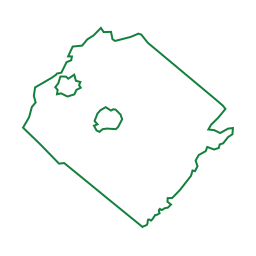 the district of Augusta, Virginia, United States of America, rotated 185°
{"feature_id": "52423323B12422495570897", "entity_name": "Augusta", "entity_type": "district", "adm_level": 2, "iso_a3": "USA", "parent_name": "United States of America", "parent_adm1": "Virginia", "projection": "robinson", "projection_center": [-79.152, 38.18], "detail": "fine", "context": "isolated", "style": "outline", "palette": "green", "viewbox_px": 256, "rotation_deg": 185, "n_neighbors": 0, "source": "geoboundaries", "source_scale": "gbopen_adm2", "svg_char_len": 1657}
<svg xmlns="http://www.w3.org/2000/svg" viewBox="0 0 256 256"><g transform="rotate(185 128 128)"><path d="M35.4,158.5L43.6,164.4L115.7,214.6L122.9,222.2L125.8,222.9L133.4,218.9L148.5,213.6L151.2,215.1L153.3,222.3L160.6,221.4L163.7,225.3L170.3,217.3L176.3,212.7L180.8,206.1L190.2,204.3L193.9,194.1L190.1,194.4L190.5,190.5L194.9,188.3L199.2,177.3L203.6,176.0L204.4,174.7L208.6,171.2L224.1,160.3L224.6,151.7L222.2,145.4L225.6,140.6L227.5,130.0L232.6,119.2L214.0,104.1L193.6,86.5L188.5,87.5L170.4,75.2L145.5,58.2L104.9,30.7L104.6,31.1L103.0,31.9L102.2,32.2L100.7,33.3L100.2,35.1L100.2,37.4L100.0,38.4L98.7,38.7L97.2,37.8L96.8,37.8L95.0,40.4L94.6,41.5L94.4,41.8L93.9,42.4L93.4,43.6L92.1,43.9L91.4,44.2L89.4,45.6L89.2,45.7L89.3,45.9L89.3,46.5L89.8,47.3L89.9,47.7L90.1,48.2L89.9,49.3L89.2,50.2L88.5,49.8L88.1,49.4L87.7,49.2L87.1,49.3L86.8,49.7L85.7,50.1L85.2,50.7L84.6,51.2L81.3,52.2L78.5,55.5L82.3,58.0L82.3,61.6L77.9,62.1L70.9,70.7L61.1,85.8L60.0,91.3L57.6,90.8L55.4,95.9L57.8,101.5L55.1,107.3L48.6,111.7L47.4,116.0L40.3,114.1L35.9,116.0L35.2,119.6L31.9,121.0L27.5,127.7L23.4,130.9L23.5,137.1L28.3,136.1L35.7,131.0L42.0,133.4L47.8,133.5L45.5,138.5L39.1,146.0L32.6,155.5L35.4,158.5ZM136.6,140.7L134.6,136.2L137.9,128.2L140.0,125.8L149.0,125.6L153.2,124.6L156.1,121.7L159.1,122.8L162.1,127.3L158.7,129.0L161.9,132.0L159.7,139.7L157.0,143.3L152.1,146.8L146.4,143.9L144.3,145.4L141.9,145.2L136.6,140.7ZM178.6,164.0L182.7,161.5L184.4,156.8L191.1,154.1L197.7,156.7L201.7,155.4L201.4,159.8L204.0,162.3L201.4,166.3L199.8,173.4L194.3,173.8L191.8,171.9L186.2,176.4L184.0,170.5L179.5,169.7L180.5,166.4L178.6,164.0Z" fill="none" stroke="#15803d" stroke-width="2"/></g></svg>